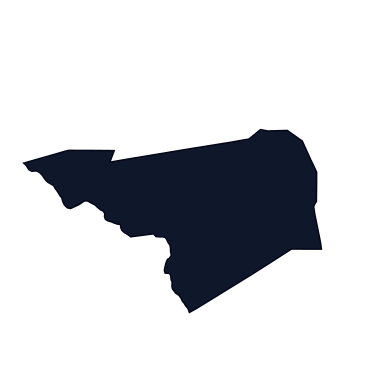 Mulungu do Morro, Bahia, Brazil, rotated 144°
{"feature_id": "56859067B68595123472008", "entity_name": "Mulungu do Morro", "entity_type": "district", "adm_level": 2, "iso_a3": "BRA", "parent_name": "Brazil", "parent_adm1": "Bahia", "projection": "albers", "projection_center": [-41.471, -12.0], "detail": "fine", "context": "isolated", "style": "filled", "palette": "ink", "viewbox_px": 384, "rotation_deg": 144, "n_neighbors": 0, "source": "geoboundaries", "source_scale": "gbopen_adm2", "svg_char_len": 1656}
<svg xmlns="http://www.w3.org/2000/svg" viewBox="0 0 384 384"><g transform="rotate(144 192 192)"><path d="M78.7,185.8L92.9,195.5L94.9,196.9L99.9,202.2L102.8,202.1L106.6,201.8L109.2,201.7L114.9,201.4L122.7,205.3L129.0,208.3L133.2,210.4L163.3,225.7L218.2,253.2L230.5,259.3L240.9,264.4L230.6,271.2L252.8,287.6L267.5,298.3L270.5,299.5L311.2,314.3L310.5,310.8L310.7,308.2L310.9,305.9L309.4,302.9L306.6,301.3L304.9,299.8L303.9,297.3L303.3,294.0L303.4,290.2L303.4,287.3L302.9,284.6L301.7,282.0L300.2,278.5L300.6,274.9L300.5,272.7L300.7,269.3L301.0,266.5L300.7,264.0L301.8,261.2L302.5,258.7L302.8,256.3L302.2,252.5L299.9,250.0L297.4,249.5L294.5,248.9L290.7,248.2L288.0,248.1L285.4,248.1L283.1,247.4L281.4,245.5L280.5,243.4L279.5,241.3L278.1,238.7L277.5,235.4L276.6,231.7L275.0,228.6L275.3,225.7L277.1,223.8L278.1,221.0L277.1,218.2L275.0,215.6L273.1,212.5L271.2,209.8L269.0,207.9L270.4,205.3L271.3,202.4L270.5,198.7L268.9,195.2L268.0,191.8L247.8,180.8L247.3,177.1L244.1,174.3L242.1,173.1L240.3,170.7L240.5,168.0L241.0,165.4L241.1,161.9L242.5,159.0L244.5,156.2L245.9,153.0L248.9,151.7L251.5,151.9L254.6,150.0L257.5,147.6L260.5,144.8L261.4,142.1L258.7,140.0L258.0,138.0L259.1,135.6L260.4,133.4L261.1,130.7L263.7,127.5L264.8,124.9L264.7,122.2L264.7,119.9L263.3,116.2L263.3,112.2L264.0,109.1L263.7,106.9L264.0,104.0L263.8,100.0L264.9,96.1L256.5,95.1L242.2,94.0L192.5,90.2L169.8,88.8L145.1,87.4L134.7,79.8L132.1,77.9L128.4,75.2L120.9,69.7L118.7,73.7L116.5,78.2L106.2,100.8L102.1,108.7L99.5,110.3L97.0,111.1L86.9,124.7L79.5,134.8L77.8,143.3L77.1,147.6L72.8,168.5L73.8,171.2L75.9,177.5L77.9,183.3L78.7,185.8Z" fill="#0f172a" stroke="#020617" stroke-width="1.5"/></g></svg>